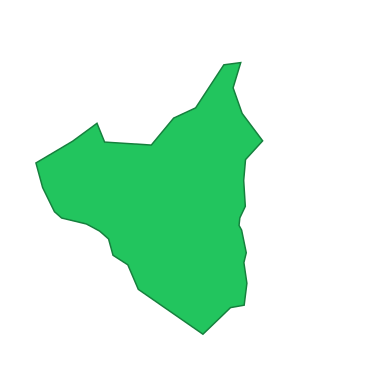 outline of Malpils, rotated 51°
{"feature_id": "LVA-5770", "entity_name": "Malpils", "entity_type": "Municipality", "adm_level": 1, "iso_a3": "LVA", "parent_name": "Latvia", "parent_adm1": "", "projection": "orthographic", "projection_center": [24.967, 57.013], "detail": "fine", "context": "isolated", "style": "filled", "palette": "green", "viewbox_px": 384, "rotation_deg": 51, "n_neighbors": 0, "source": "natural_earth", "source_scale": "10m", "svg_char_len": 570}
<svg xmlns="http://www.w3.org/2000/svg" viewBox="0 0 384 384"><g transform="rotate(51 192 192)"><path d="M196.7,104.9L200.5,130.0L215.6,144.6L236.7,159.6L242.2,171.1L247.6,176.5L252.8,177.4L273.4,188.1L279.5,196.1L297.5,206.8L312.8,222.7L306.1,234.8L309.4,273.0L233.9,295.0L208.2,287.7L191.5,293.2L176.0,286.4L164.2,288.4L150.4,294.2L130.2,309.7L120.8,311.3L94.6,305.3L71.2,295.0L77.4,252.8L78.8,222.6L98.2,228.5L129.9,194.1L123.0,159.7L128.9,136.2L113.2,87.2L122.1,72.7L136.9,94.5L162.5,103.6L196.7,104.9Z" fill="#22c55e" stroke="#15803d" stroke-width="1.5"/></g></svg>